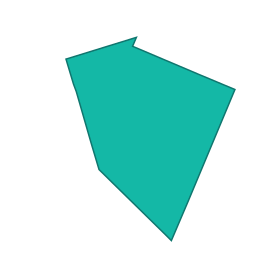 outline of Atascosa, Texas, United States of America, rotated 203°
{"feature_id": "52423323B50957806098426", "entity_name": "Atascosa", "entity_type": "district", "adm_level": 2, "iso_a3": "USA", "parent_name": "United States of America", "parent_adm1": "Texas", "projection": "orthographic", "projection_center": [-98.513, 28.932], "detail": "fine", "context": "isolated", "style": "filled", "palette": "teal", "viewbox_px": 256, "rotation_deg": 203, "n_neighbors": 0, "source": "geoboundaries", "source_scale": "gbopen_adm2", "svg_char_len": 339}
<svg xmlns="http://www.w3.org/2000/svg" viewBox="0 0 256 256"><g transform="rotate(203 128 128)"><path d="M44.6,205.2L84.8,205.0L155.7,205.0L155.7,214.7L212.0,167.2L195.3,147.1L189.9,141.4L156.6,100.4L138.4,78.4L130.2,75.2L120.1,71.2L50.0,43.7L44.1,41.3L44.0,84.8L44.6,205.2Z" fill="#14b8a6" stroke="#0f766e" stroke-width="1.5"/></g></svg>